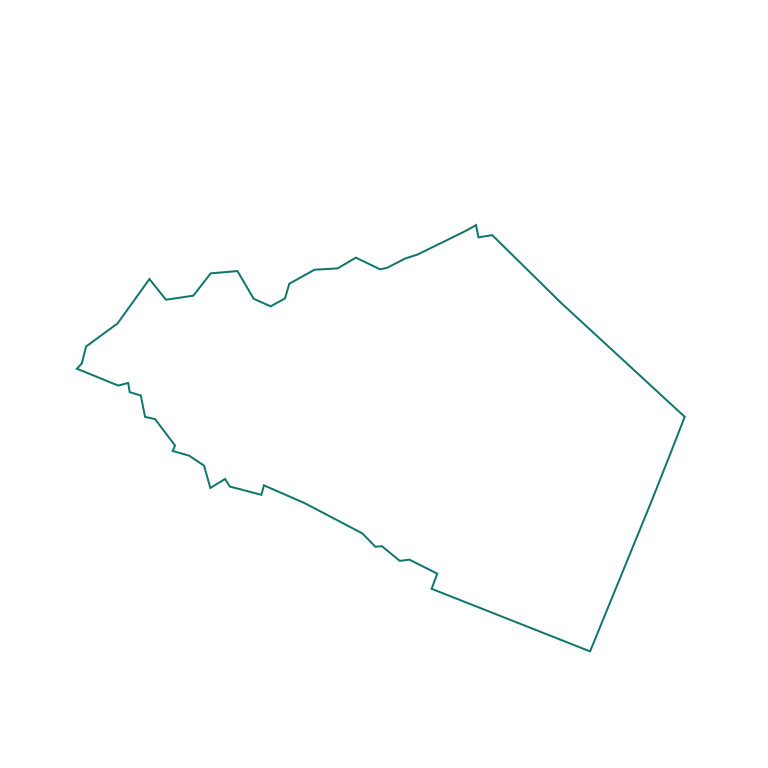 the district of Boone, Missouri, United States of America, rotated 110°
{"feature_id": "52423323B93742797793260", "entity_name": "Boone", "entity_type": "district", "adm_level": 2, "iso_a3": "USA", "parent_name": "United States of America", "parent_adm1": "Missouri", "projection": "natural_earth1", "projection_center": [-92.3, 38.946], "detail": "fine", "context": "isolated", "style": "outline", "palette": "teal", "viewbox_px": 768, "rotation_deg": 110, "n_neighbors": 0, "source": "geoboundaries", "source_scale": "gbopen_adm2", "svg_char_len": 808}
<svg xmlns="http://www.w3.org/2000/svg" viewBox="0 0 768 768"><g transform="rotate(110 384 384)"><path d="M401.8,92.5L358.3,91.3L356.8,91.2L312.0,90.2L247.2,245.4L207.1,333.2L213.9,345.4L203.2,351.9L212.6,360.0L250.9,396.8L258.9,407.1L273.8,420.9L277.6,427.0L274.9,453.7L291.2,467.1L300.4,488.4L322.2,507.3L337.4,506.3L349.8,517.1L348.5,535.6L328.0,560.3L339.3,584.7L366.2,593.4L379.4,617.7L365.6,640.3L418.2,655.1L450.7,676.8L467.9,675.0L474.7,677.8L476.4,633.3L470.5,624.7L478.6,620.2L478.0,608.6L496.6,597.3L495.3,587.1L513.3,559.3L519.2,559.7L518.0,542.6L522.3,525.2L541.1,511.6L527.6,500.9L533.1,493.8L530.1,461.3L520.3,462.2L523.1,417.8L531.8,353.3L539.9,336.4L537.1,330.6L544.8,308.6L540.4,300.1L544.0,269.1L560.2,269.2L564.8,98.9L401.8,92.5Z" fill="none" stroke="#0f766e" stroke-width="2"/></g></svg>